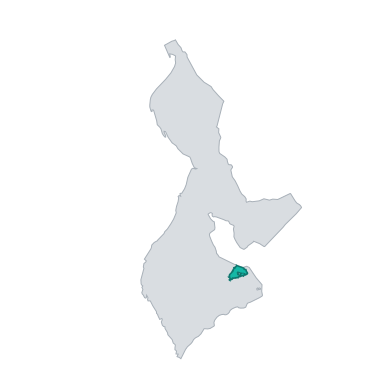 Chimbonila, Niassa, Mozambique shown in context, rotated 153°
{"feature_id": "85939544B92418523619922", "entity_name": "Chimbonila", "entity_type": "district", "adm_level": 2, "iso_a3": "MOZ", "parent_name": "Mozambique", "parent_adm1": "Niassa", "projection": "orthographic", "projection_center": [35.277, -13.424], "detail": "fine", "context": "in_parent", "style": "filled", "palette": "teal", "viewbox_px": 384, "rotation_deg": 153, "n_neighbors": 0, "source": "geoboundaries", "source_scale": "gbopen_adm2", "svg_char_len": 6812}
<svg xmlns="http://www.w3.org/2000/svg" viewBox="0 0 384 384"><g transform="rotate(153 192 192)"><path d="M122.4,258.4L124.7,256.6L139.7,239.5L140.7,238.9L139.4,236.1L141.3,232.8L141.5,227.7L142.1,226.9L144.4,225.1L147.6,219.8L149.6,215.8L149.8,213.8L146.8,208.3L145.9,205.3L146.7,202.7L147.0,200.3L146.6,199.5L144.8,198.5L144.5,197.5L144.4,196.2L144.8,195.5L147.0,194.3L147.5,193.7L149.2,187.2L148.5,182.3L148.5,176.7L148.8,170.9L148.6,167.6L147.1,163.9L146.9,161.2L148.0,159.3L148.1,158.1L144.6,157.6L142.8,156.0L136.1,153.6L131.0,153.3L126.7,149.6L123.3,149.0L119.0,146.4L105.4,146.1L104.9,145.8L104.2,137.5L103.7,134.7L101.9,131.8L101.4,129.8L101.5,128.4L109.0,125.3L123.6,120.7L126.9,119.2L152.0,110.4L152.7,110.9L155.2,115.3L159.5,120.2L160.5,119.5L166.5,118.7L167.4,118.0L169.3,117.6L171.4,117.3L172.1,117.6L174.3,120.6L175.1,126.4L175.2,130.2L175.0,133.0L173.2,136.2L171.9,140.2L170.0,142.4L170.1,143.4L172.2,145.8L172.7,146.8L172.6,148.9L172.9,149.8L174.8,151.0L176.3,153.0L181.7,158.8L183.1,159.8L184.2,160.1L184.8,161.2L184.5,162.6L183.6,163.3L184.0,164.4L185.0,165.3L187.5,165.1L187.8,164.7L187.6,159.6L186.7,156.7L185.7,155.3L187.8,149.7L188.9,148.2L193.0,147.6L194.9,147.1L195.7,146.4L196.3,144.7L196.8,139.7L197.0,135.1L196.6,132.4L197.2,128.3L198.1,125.8L197.6,125.3L197.3,121.9L187.0,108.2L181.2,102.1L180.2,101.5L177.0,101.0L175.3,98.8L173.8,86.5L171.7,77.6L175.0,71.8L176.1,68.0L176.9,67.4L179.7,67.2L190.0,67.3L192.5,67.7L193.7,67.3L196.4,65.0L198.5,65.1L201.5,66.5L203.1,67.8L203.4,68.9L205.3,69.5L209.0,69.7L211.7,69.2L213.4,67.9L215.2,67.2L217.0,67.1L218.4,67.6L219.3,68.6L221.1,69.3L223.8,69.7L226.7,69.1L229.9,67.5L231.7,65.8L232.7,62.9L233.3,62.5L237.8,62.2L240.2,62.9L243.2,64.7L248.5,61.5L251.8,60.5L255.0,60.5L257.6,59.8L259.7,58.3L261.9,57.3L266.3,56.2L269.3,54.6L277.6,48.5L278.5,50.4L280.1,52.1L277.9,53.8L279.8,55.0L278.3,56.8L278.1,58.0L278.8,59.2L277.8,61.1L276.6,62.7L276.3,63.8L277.3,65.9L276.7,69.6L278.3,75.7L277.7,77.8L278.0,82.6L277.3,84.3L278.4,85.0L278.9,86.9L278.3,90.2L276.5,91.6L276.3,93.0L278.6,93.1L278.5,97.3L278.2,98.5L278.7,100.0L278.0,101.5L278.6,108.3L278.6,113.2L278.7,114.0L280.6,114.9L280.5,116.2L279.2,117.9L279.3,120.6L280.7,118.5L281.5,118.5L282.2,119.4L282.2,122.3L282.6,123.8L282.4,125.1L280.0,127.5L279.9,129.9L279.0,130.2L278.5,130.7L279.1,132.1L279.0,133.3L277.4,137.0L269.5,145.8L269.4,147.3L267.3,150.1L265.2,150.5L264.0,151.3L264.9,153.8L254.6,159.9L253.5,160.8L251.9,163.0L248.5,164.2L244.8,164.3L244.2,164.8L235.9,167.6L234.3,169.0L230.7,170.2L225.2,173.3L220.7,176.2L215.5,180.6L214.8,183.0L212.4,186.1L208.7,189.8L206.5,192.9L206.4,194.3L205.1,194.7L204.0,193.4L203.6,195.9L202.7,196.0L201.7,195.5L197.2,198.2L193.8,201.2L189.0,207.0L182.1,212.6L180.5,212.7L178.3,210.8L177.1,210.6L178.9,212.7L178.8,217.4L178.0,223.0L178.1,224.2L182.7,230.0L184.9,236.8L185.1,240.3L187.4,244.8L188.4,251.5L188.2,257.8L189.3,258.8L189.7,257.9L189.9,254.0L190.5,252.9L191.1,253.1L191.7,255.2L191.9,257.5L191.0,262.4L191.3,264.4L192.4,267.7L191.1,271.6L189.1,282.2L189.5,282.9L190.5,283.2L190.9,282.0L191.5,282.0L191.8,282.7L191.0,286.9L190.1,288.7L187.2,293.2L185.6,295.1L183.0,297.0L176.8,300.0L164.5,304.3L156.7,307.7L150.6,311.7L148.0,314.4L146.9,317.5L144.9,320.7L146.7,323.3L149.1,325.2L150.1,322.0L150.7,322.0L149.9,335.2L141.5,335.5L139.0,335.0L137.7,335.1L137.4,329.7L136.3,325.6L136.7,322.6L136.5,321.0L134.7,320.0L134.1,316.8L135.1,314.4L134.6,294.1L131.4,284.3L127.1,277.2L126.8,273.7L124.7,265.8L122.4,258.4ZM177.3,76.8L178.4,76.3L178.5,75.2L177.8,74.8L177.2,74.9L176.9,76.5L177.3,76.8ZM176.6,75.0L175.7,74.2L175.0,74.4L174.8,75.0L175.5,75.9L176.2,75.9L176.6,75.0Z" fill="#d9dde1" stroke="#a8b0b8" stroke-width="1"/><path d="M190.0,94.8L189.9,94.9L189.8,95.0L189.7,95.1L189.4,95.0L189.2,95.1L188.9,95.1L188.8,95.3L188.5,95.2L188.4,95.3L188.1,95.2L188.0,94.9L187.7,94.9L187.0,94.8L186.9,94.8L186.9,94.7L186.6,94.7L186.4,94.7L186.2,94.7L185.9,94.8L185.4,94.7L185.1,94.6L184.8,94.5L184.6,94.1L184.5,93.8L184.5,93.7L184.4,93.7L184.2,93.7L184.1,93.8L184.0,94.0L183.9,94.1L183.7,94.1L183.5,94.3L183.5,94.2L183.4,94.2L183.4,94.3L183.2,94.4L183.1,94.5L182.9,94.6L182.7,94.9L182.6,95.0L182.4,95.2L182.4,95.3L182.2,95.1L182.2,94.9L182.3,94.7L182.3,94.4L182.3,94.1L182.3,93.7L182.3,93.3L182.2,93.5L181.9,93.8L181.7,93.9L181.7,94.0L181.6,93.9L181.2,93.8L180.9,93.9L180.9,94.0L180.7,94.1L180.3,94.2L180.2,93.9L179.9,93.9L179.8,94.0L179.6,94.1L179.6,94.3L179.5,94.5L179.4,94.6L179.3,94.8L179.3,95.0L179.3,95.3L179.4,95.5L179.4,95.8L179.5,95.9L179.5,96.0L179.5,96.3L179.6,96.5L179.5,96.9L179.5,97.0L179.5,97.3L179.4,97.5L179.3,97.9L179.3,98.0L179.2,98.0L179.2,98.3L179.3,98.3L179.4,98.5L179.5,98.5L179.7,98.8L179.8,98.8L180.0,98.9L180.0,99.0L180.3,99.2L180.4,99.3L180.6,99.4L180.6,99.5L180.4,99.8L180.6,100.0L180.5,100.4L180.4,100.7L180.5,100.8L182.8,103.2L184.4,104.8L185.6,106.4L185.7,106.1L185.8,106.1L186.3,105.6L187.5,105.5L187.5,105.4L187.5,105.2L188.1,105.0L188.4,105.2L188.5,105.0L188.7,104.9L188.8,105.0L188.8,104.9L189.0,105.0L189.0,104.8L189.3,104.9L189.7,104.6L189.8,104.4L190.0,104.3L190.3,104.2L190.8,103.8L190.8,103.6L191.0,103.6L191.1,103.4L191.1,103.5L191.2,103.4L191.3,103.5L191.4,103.4L191.5,103.3L191.5,103.2L191.8,103.2L192.0,103.0L192.0,102.9L192.2,103.0L192.3,102.9L192.4,102.7L192.5,102.6L192.8,102.4L192.9,102.5L193.0,102.4L193.3,102.3L193.4,102.2L193.5,102.2L193.9,101.9L194.3,101.9L194.6,101.9L194.8,101.8L195.2,101.6L195.3,101.5L195.5,101.5L195.6,101.4L195.8,101.4L196.0,101.3L196.0,101.2L196.4,100.9L196.7,100.6L196.7,100.4L196.6,100.1L196.8,99.9L197.0,99.7L197.3,99.7L197.5,99.6L197.5,99.4L197.9,99.5L197.8,99.2L197.6,99.1L197.4,99.0L197.2,98.8L197.2,98.7L197.2,98.4L197.2,97.9L197.2,97.4L197.5,97.4L197.9,97.3L198.1,97.1L198.4,97.0L198.7,96.8L198.7,96.7L198.6,96.4L198.4,96.3L198.1,96.3L198.1,96.2L198.0,96.3L198.0,96.2L197.9,96.2L197.7,96.2L197.6,96.3L197.5,96.2L197.4,96.2L197.5,96.3L197.4,96.3L197.2,96.3L197.0,96.2L196.9,96.3L196.7,96.4L196.4,96.5L196.3,96.4L196.2,96.3L195.9,96.4L195.7,96.5L195.4,96.7L195.3,96.8L195.2,96.8L195.0,96.7L194.9,96.7L194.9,96.8L194.9,96.7L194.8,96.8L194.7,96.7L194.4,96.6L194.2,96.5L194.1,96.3L193.8,96.3L193.5,96.1L193.3,96.0L193.2,96.0L192.7,95.8L192.5,95.7L192.3,95.7L192.1,95.6L192.0,95.4L191.9,95.4L192.0,95.6L191.9,95.7L191.9,95.8L191.7,95.7L191.1,95.5L191.0,95.4L190.9,95.3L190.4,95.3L190.1,95.1L190.0,94.8ZM187.0,96.1L187.3,95.9L187.3,96.1L187.4,96.3L187.4,96.5L189.1,98.2L188.9,98.1L188.7,98.1L188.1,98.2L188.1,98.3L188.0,98.5L188.2,98.8L187.9,99.0L187.7,99.1L187.7,99.3L187.9,99.5L187.7,99.6L187.5,99.4L187.4,99.5L187.2,99.2L186.9,99.1L186.9,98.8L186.6,98.6L186.2,98.4L185.9,97.7L185.2,97.4L184.8,97.1L185.0,97.1L185.3,97.1L185.5,97.0L185.6,96.8L185.7,96.7L186.1,96.5L186.4,96.2L186.6,96.1L186.8,96.1L187.0,96.1L187.0,96.1Z" fill="#14b8a6" stroke="#0f766e" stroke-width="1.5"/></g></svg>